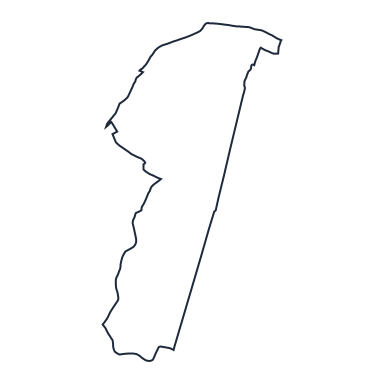 Poplaca, Sibiu, Romania
{"feature_id": "2599482B20961139122315", "entity_name": "Poplaca", "entity_type": "district", "adm_level": 2, "iso_a3": "ROU", "parent_name": "Romania", "parent_adm1": "Sibiu", "projection": "equal_earth", "projection_center": [23.942, 45.668], "detail": "fine", "context": "isolated", "style": "outline", "palette": "slate", "viewbox_px": 384, "rotation_deg": 0, "n_neighbors": 0, "source": "geoboundaries", "source_scale": "gbopen_adm2", "svg_char_len": 4131}
<svg xmlns="http://www.w3.org/2000/svg" viewBox="0 0 384 384"><path d="M106.1,126.9L107.1,126.1L111.2,122.0L111.7,122.6L111.8,122.7L117.2,131.6L112.5,134.1L115.5,141.4L116.1,142.5L117.2,143.6L119.2,145.4L122.4,147.6L125.4,149.7L128.4,151.7L131.0,153.8L132.9,154.8L135.9,156.3L137.7,157.2L139.8,158.0L140.7,158.3L141.7,158.9L142.5,159.5L143.4,160.4L144.3,161.2L144.9,162.1L145.2,162.9L144.5,163.7L143.8,164.2L143.5,164.3L143.5,168.4L143.5,169.4L144.6,170.6L146.7,172.2L149.7,174.1L152.9,175.4L155.7,176.8L158.2,178.0L160.9,179.0L157.5,181.8L155.1,183.5L153.3,184.9L151.7,186.5L150.5,188.7L149.9,190.9L148.3,193.2L146.2,198.6L144.2,202.9L143.1,205.0L142.0,206.5L141.6,208.0L141.4,210.3L140.1,211.1L137.0,212.5L136.2,212.8L135.4,213.9L134.6,217.0L133.2,220.0L132.7,221.9L132.7,223.5L133.3,225.8L134.2,229.7L135.2,234.6L136.1,238.7L136.2,241.0L136.0,242.6L135.4,244.2L134.4,245.8L133.6,246.7L132.0,247.8L129.4,249.3L128.3,249.9L127.0,250.6L125.9,251.2L125.3,251.7L124.8,252.4L124.1,253.6L122.6,256.4L122.1,258.0L121.6,259.6L120.6,264.2L120.5,266.6L120.2,268.6L119.7,269.9L118.8,272.1L117.9,274.6L116.3,277.9L115.9,279.3L115.8,281.1L115.8,283.4L115.9,285.8L116.2,288.2L116.6,289.7L117.2,291.4L117.6,293.2L118.0,295.4L118.3,297.6L118.3,299.1L117.7,300.8L116.6,302.4L115.3,304.3L114.1,306.1L113.1,307.6L111.4,310.2L110.1,312.4L108.8,315.2L107.7,317.4L106.7,319.1L105.7,320.5L104.5,322.3L102.7,324.4L103.1,325.2L103.8,325.9L105.5,328.2L106.8,330.9L108.5,334.1L109.8,335.9L110.5,337.1L111.4,338.5L112.2,339.6L112.7,340.7L112.9,342.5L113.1,344.3L113.1,345.7L113.3,347.3L113.5,348.4L114.2,350.4L114.9,351.7L116.4,352.9L118.4,354.0L119.4,354.5L119.8,354.6L120.4,354.4L123.4,354.0L126.0,353.7L127.9,353.6L128.6,353.5L129.5,353.5L130.6,353.5L132.2,353.5L133.8,353.6L136.1,354.0L137.6,354.6L138.8,355.3L140.3,356.4L142.3,358.1L143.8,359.1L145.1,359.9L146.0,360.4L147.2,360.7L149.4,361.0L151.0,360.7L152.5,360.0L153.2,359.1L154.2,357.0L155.4,354.0L157.3,350.1L158.5,347.6L159.3,346.8L160.4,346.6L161.6,346.6L163.2,347.0L165.5,347.3L167.1,347.7L168.7,347.9L170.1,348.3L172.4,349.3L173.6,350.0L174.3,347.1L193.0,283.8L200.7,257.6L208.8,229.4L214.2,211.7L215.7,210.4L218.8,196.5L219.6,193.3L224.1,175.0L230.3,148.4L243.0,95.6L243.2,94.7L243.8,93.2L244.8,89.0L244.9,87.5L244.5,86.3L244.2,85.3L244.4,82.7L244.4,81.4L245.3,79.4L246.3,77.4L246.9,75.2L248.4,71.5L249.8,70.4L250.7,69.1L251.0,68.2L251.2,66.6L251.4,65.6L251.8,64.9L252.7,64.5L253.5,64.6L253.8,65.0L254.2,65.2L254.5,64.4L255.1,61.7L256.9,57.4L258.7,52.3L259.2,50.7L260.0,48.6L260.7,47.7L264.8,50.0L268.9,51.6L272.0,53.1L273.8,53.7L278.1,53.6L278.7,46.9L279.2,45.8L279.8,43.9L280.4,42.4L280.6,41.3L281.3,40.2L279.3,39.4L278.2,38.9L276.8,38.3L274.9,37.1L272.0,35.3L268.9,33.9L266.3,32.5L264.7,31.7L263.3,31.1L262.1,30.5L261.3,30.3L259.9,30.0L258.8,29.9L257.8,29.7L256.4,29.5L254.5,29.2L253.7,28.9L252.2,28.3L251.5,28.1L250.3,27.6L249.3,27.2L248.8,27.1L248.4,27.1L246.9,27.0L245.9,27.0L245.0,26.9L244.3,26.8L243.4,26.7L242.8,26.7L241.8,26.7L241.3,26.7L241.0,26.7L240.6,26.6L240.2,26.5L239.8,26.4L238.8,26.4L236.6,26.4L233.2,25.9L228.8,25.1L224.7,24.6L221.6,24.2L217.4,23.7L212.1,23.3L210.2,23.4L209.1,23.2L208.5,23.0L207.3,23.1L206.7,23.3L205.6,23.8L204.7,24.8L203.7,26.2L202.7,28.0L201.9,29.1L200.9,30.1L200.1,31.0L198.9,31.7L196.0,33.1L190.1,35.7L186.0,37.3L179.9,39.3L176.3,40.6L173.0,41.6L171.3,42.3L168.2,43.5L166.4,44.1L164.4,44.7L162.5,45.3L160.1,46.5L157.7,48.1L157.1,48.7L155.0,50.6L153.8,52.5L152.6,54.4L151.6,55.6L150.6,56.6L148.5,60.5L146.7,63.4L145.8,64.7L144.6,66.1L144.1,66.4L143.0,67.9L141.4,69.1L140.1,69.9L139.8,70.5L139.6,70.7L141.6,71.5L142.6,72.1L142.9,72.2L142.1,73.0L141.1,74.0L139.6,75.3L138.9,75.9L138.0,76.7L137.2,77.2L136.8,77.5L136.4,78.2L135.9,79.2L135.5,80.4L135.4,81.2L134.1,83.3L133.5,84.3L132.3,87.4L131.0,90.1L129.6,93.2L128.7,95.1L128.1,96.4L127.1,97.8L124.6,100.1L123.3,101.1L121.6,102.3L120.8,102.8L120.1,103.2L119.6,103.6L119.5,103.9L119.0,105.2L118.8,105.7L117.9,108.0L116.7,110.8L116.0,112.5L115.3,113.7L114.0,115.2L112.5,117.2L111.5,118.3L109.1,121.3L108.0,122.6L107.0,124.1L106.7,125.2L106.1,126.9Z" fill="none" stroke="#1e293b" stroke-width="2"/></svg>